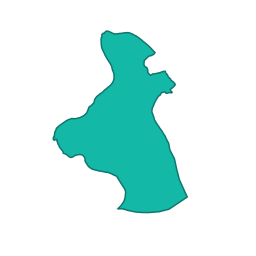 outline of Xamneua, Houaphan, Laos, rotated 233°
{"feature_id": "54806243B30579322269888", "entity_name": "Xamneua", "entity_type": "district", "adm_level": 2, "iso_a3": "LAO", "parent_name": "Laos", "parent_adm1": "Houaphan", "projection": "orthographic", "projection_center": [104.067, 20.373], "detail": "fine", "context": "isolated", "style": "filled", "palette": "teal", "viewbox_px": 256, "rotation_deg": 233, "n_neighbors": 0, "source": "geoboundaries", "source_scale": "gbopen_adm2", "svg_char_len": 5619}
<svg xmlns="http://www.w3.org/2000/svg" viewBox="0 0 256 256"><g transform="rotate(233 128 128)"><path d="M69.6,71.5L69.4,71.7L69.1,71.8L68.8,72.0L68.6,72.4L68.4,72.9L68.2,73.2L68.0,73.3L67.9,73.4L67.7,73.9L67.2,74.4L67.0,74.7L66.7,74.9L66.5,75.3L66.3,75.4L66.1,75.6L65.9,75.7L65.5,75.8L65.3,76.1L65.1,76.4L62.6,78.0L56.5,83.4L52.3,88.1L48.4,93.1L45.7,97.3L42.4,102.5L38.5,111.8L37.5,128.9L37.3,133.8L44.6,135.4L55.7,137.9L66.1,142.2L75.6,146.6L85.1,148.2L86.2,148.7L87.4,149.3L88.6,149.9L89.7,150.5L90.2,150.7L90.7,151.0L91.6,151.3L92.0,151.4L93.0,151.5L93.7,151.6L94.9,151.9L96.2,152.0L97.7,152.4L98.8,152.7L99.6,152.8L100.9,152.8L103.1,153.0L104.0,153.1L105.0,153.3L106.1,153.3L107.3,153.3L109.4,153.3L110.7,153.5L111.8,153.5L112.7,153.5L115.0,153.7L115.8,153.8L116.7,153.9L117.6,154.0L118.6,154.1L119.5,154.4L120.8,155.0L121.7,155.3L122.4,155.5L124.2,156.1L125.3,156.4L126.2,156.7L127.1,157.2L127.8,157.9L128.2,158.3L128.7,158.8L129.2,159.2L129.7,160.3L130.8,162.3L131.3,163.0L131.7,163.7L132.1,164.3L133.5,167.3L134.5,169.8L135.0,171.3L135.0,173.8L135.6,174.7L136.0,175.9L135.6,177.1L135.1,178.9L132.5,179.5L132.0,180.8L131.7,181.8L131.3,182.5L129.9,183.9L129.8,184.5L130.7,184.8L131.6,184.5L133.4,185.0L133.5,186.0L133.3,187.7L133.8,190.8L134.1,191.7L135.1,192.1L137.1,192.0L140.7,191.0L141.5,191.5L144.8,190.9L146.7,191.5L149.4,191.2L150.8,191.9L151.6,191.0L152.4,188.9L152.9,186.9L154.1,184.4L155.3,181.7L156.2,180.5L156.5,177.9L157.9,177.4L159.5,177.2L160.8,177.5L162.1,178.6L165.0,179.4L166.0,178.8L167.6,178.4L168.9,178.8L170.1,179.7L172.0,181.5L172.3,183.1L172.6,185.0L172.8,188.0L172.2,189.3L171.7,190.5L171.4,193.1L171.9,194.9L172.2,194.8L172.7,194.9L173.5,194.8L174.0,194.8L174.6,194.7L175.1,194.6L175.6,194.5L176.2,194.5L178.3,194.3L179.5,194.1L182.4,193.6L183.7,193.3L185.1,193.0L186.1,192.8L187.1,192.5L188.1,192.2L189.6,191.9L190.9,191.6L191.9,191.3L192.4,191.2L193.9,190.8L194.7,190.5L195.9,190.1L196.9,189.7L197.5,189.4L198.6,188.8L200.0,188.2L201.0,187.7L202.1,187.0L202.9,186.6L203.5,186.1L204.2,185.3L204.7,184.7L205.8,182.9L206.1,182.5L206.5,181.8L207.2,180.5L207.6,179.7L208.3,178.6L208.8,177.8L209.3,176.8L209.7,176.1L210.3,175.1L211.0,174.3L211.6,173.6L212.3,173.2L213.2,172.5L214.3,172.1L215.4,171.5L215.9,171.2L216.8,170.7L217.5,170.1L218.1,169.5L218.4,169.1L218.4,168.6L218.5,168.3L218.4,167.6L218.0,166.4L217.9,166.1L218.3,165.7L218.6,165.2L218.7,164.7L218.6,164.3L218.3,163.9L218.3,163.7L218.3,163.3L217.7,163.0L217.1,162.4L216.3,161.8L216.2,161.5L216.2,161.3L216.1,161.0L215.8,160.6L215.3,160.0L214.8,159.6L214.3,159.3L213.5,158.8L212.5,158.1L211.7,157.5L210.5,156.8L209.9,156.4L209.4,156.1L208.9,155.8L208.6,155.6L207.9,155.4L207.2,155.1L206.6,155.0L205.6,154.7L204.5,154.5L204.2,154.4L203.4,154.3L202.8,154.2L201.5,153.9L200.8,153.7L199.8,153.5L198.9,153.4L198.0,153.3L196.9,153.1L195.5,153.0L194.4,152.9L193.2,152.8L192.1,152.7L191.3,152.7L190.7,152.6L190.1,152.6L189.2,152.4L188.4,152.3L187.3,152.1L186.3,151.7L185.5,151.4L184.4,150.8L183.7,150.5L181.9,150.1L180.5,149.6L179.5,149.1L178.6,148.7L178.2,148.4L177.8,148.0L177.3,147.7L176.8,147.3L176.4,147.0L175.9,146.6L175.6,146.2L175.3,145.9L175.0,145.6L174.8,145.2L174.6,145.0L174.4,144.7L173.3,142.4L173.2,142.0L172.9,141.0L172.8,140.1L172.5,138.3L172.6,137.3L172.6,136.4L172.5,135.8L172.4,134.7L172.4,132.2L172.3,131.3L172.0,130.4L171.9,128.8L171.9,127.8L172.2,125.8L172.0,125.0L172.0,124.2L172.0,123.1L171.9,122.0L171.6,120.8L171.5,120.2L171.2,119.5L170.8,118.7L170.6,118.4L170.3,117.8L169.8,117.3L169.2,116.9L168.8,115.9L168.5,115.6L168.4,114.4L168.3,113.4L168.1,112.6L168.1,111.8L168.1,111.2L168.2,110.4L168.2,109.7L167.8,108.9L167.1,107.8L166.6,107.2L166.2,106.5L165.8,105.6L165.2,104.7L164.8,103.6L164.7,102.7L164.4,100.8L164.5,100.0L164.6,99.4L164.7,98.2L165.0,96.9L165.3,95.8L165.6,94.9L166.0,94.1L166.4,93.1L166.9,92.0L167.5,91.0L168.3,90.0L169.3,89.0L169.4,88.8L169.8,87.6L170.2,86.3L170.6,85.1L170.8,83.7L171.0,82.2L171.0,81.0L171.1,78.5L171.1,77.4L171.1,76.5L171.2,75.6L171.2,74.4L171.1,73.3L171.0,72.1L170.8,70.6L169.6,69.0L169.3,68.1L168.3,66.6L167.6,65.9L167.1,65.4L166.5,65.0L166.0,64.3L165.9,64.0L165.9,63.8L165.7,63.8L165.4,63.8L165.3,63.7L165.2,63.6L165.1,63.3L165.0,63.2L165.0,62.9L165.1,62.6L165.1,62.4L164.9,62.3L164.7,62.1L164.1,61.7L163.8,61.5L163.6,61.4L163.4,61.5L163.1,61.8L162.9,61.8L162.6,61.8L162.5,62.0L162.7,62.3L162.6,62.5L162.4,62.7L162.4,62.8L162.5,63.1L162.4,63.3L162.3,63.5L162.1,63.7L162.0,63.9L161.9,64.0L161.7,63.9L161.4,63.8L161.1,63.9L161.0,64.0L160.8,63.9L160.6,63.8L160.5,63.6L160.4,63.5L160.2,63.5L159.8,63.4L159.6,63.3L159.4,63.2L159.1,63.1L158.9,63.1L158.7,62.9L158.2,62.7L156.0,62.3L153.9,61.8L151.5,61.8L150.4,61.8L149.0,62.0L147.9,61.8L147.4,61.5L146.8,61.1L145.8,61.8L144.2,62.8L142.8,63.2L141.4,63.5L140.1,63.8L139.1,64.5L138.9,64.6L138.7,64.9L138.5,65.3L138.2,66.4L138.0,67.2L138.1,67.8L138.0,68.7L137.9,69.2L137.6,70.1L136.8,71.9L136.4,72.6L135.9,73.3L135.4,74.0L135.0,74.4L134.4,75.0L133.6,75.4L133.1,75.6L132.4,75.6L131.7,75.6L130.8,75.6L130.2,75.5L129.7,75.4L129.2,75.1L128.7,74.7L127.9,74.1L127.6,73.9L127.1,73.8L126.8,73.7L126.0,73.6L125.4,73.5L124.8,73.5L123.7,73.5L123.2,73.4L122.0,73.3L120.6,73.4L119.5,73.7L118.8,73.9L117.5,74.3L117.1,74.5L116.5,74.8L116.1,75.1L115.6,75.5L114.9,76.0L114.4,76.4L113.7,77.0L113.1,77.6L112.7,77.9L112.2,78.1L111.7,78.4L111.3,78.8L109.8,80.4L108.1,81.9L107.8,82.2L106.7,83.1L105.7,84.0L105.1,84.7L104.4,85.4L103.7,85.9L102.6,86.5L101.5,87.2L100.8,87.6L100.1,87.8L99.6,88.1L98.7,88.5L97.5,89.2L96.6,89.9L87.9,89.1L81.5,88.7L78.5,87.8L74.5,84.2L72.0,80.8L70.3,76.1L69.6,71.5Z" fill="#14b8a6" stroke="#0f766e" stroke-width="1.5"/></g></svg>